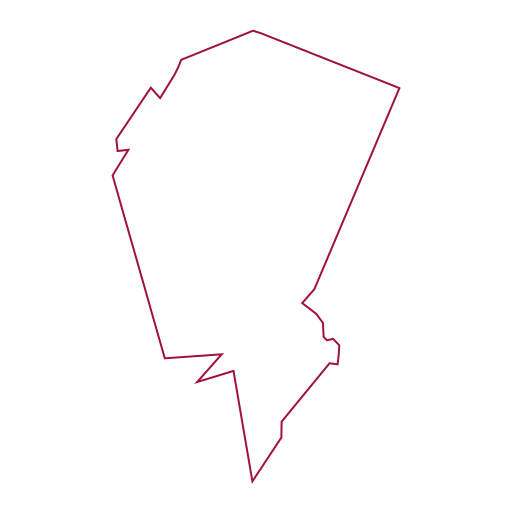 the district of Masvingo Urban, Masvingo, Zimbabwe
{"feature_id": "62879985B82265466456290", "entity_name": "Masvingo Urban", "entity_type": "district", "adm_level": 2, "iso_a3": "ZWE", "parent_name": "Zimbabwe", "parent_adm1": "Masvingo", "projection": "equal_earth", "projection_center": [30.834, -20.084], "detail": "fine", "context": "isolated", "style": "outline", "palette": "rose", "viewbox_px": 512, "rotation_deg": 0, "n_neighbors": 0, "source": "geoboundaries", "source_scale": "gbopen_adm2", "svg_char_len": 584}
<svg xmlns="http://www.w3.org/2000/svg" viewBox="0 0 512 512"><path d="M253.1,30.7L181.2,59.8L178.6,66.4L174.6,74.6L160.1,98.1L150.8,87.7L116.3,139.1L117.6,151.0L128.4,149.8L116.9,168.4L112.6,175.4L120.8,204.3L144.7,287.8L153.3,318.2L153.9,320.2L164.8,358.3L221.7,354.3L197.2,382.0L233.5,370.9L252.4,481.3L281.4,437.5L281.6,421.7L329.5,363.3L337.6,364.3L338.7,354.9L339.3,345.3L333.0,338.8L327.0,340.3L323.7,337.0L323.3,331.1L323.0,323.0L316.4,314.0L302.2,303.1L314.4,289.1L399.3,88.4L399.4,88.2L398.9,87.9L261.0,33.3L253.1,30.7Z" fill="none" stroke="#9f1239" stroke-width="2"/></svg>